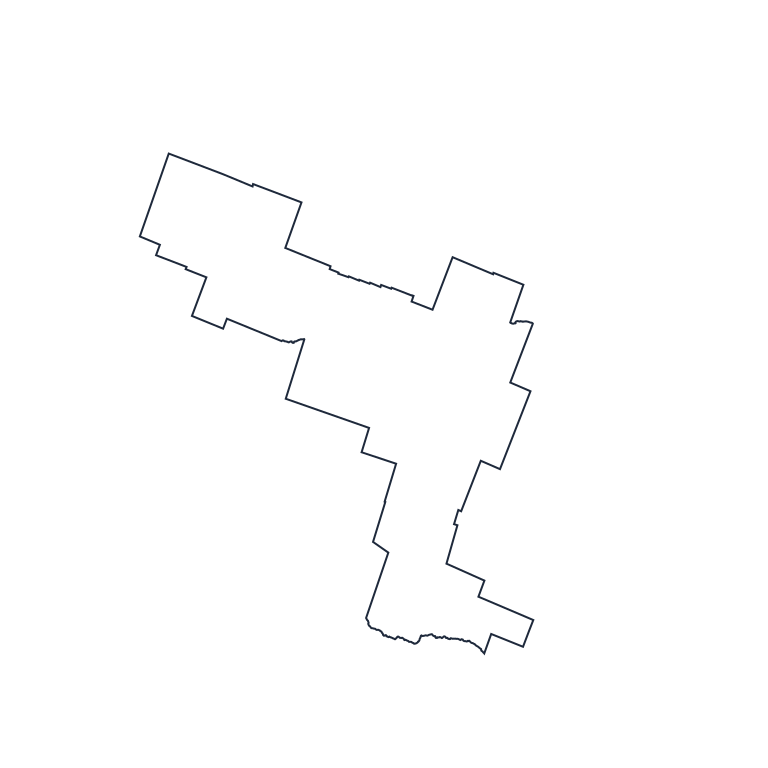 the district of Tapalqué, Buenos Aires, Argentina, rotated 247°
{"feature_id": "61730980B32563213852789", "entity_name": "Tapalqué", "entity_type": "district", "adm_level": 2, "iso_a3": "ARG", "parent_name": "Argentina", "parent_adm1": "Buenos Aires", "projection": "robinson", "projection_center": [-60.563, -36.37], "detail": "fine", "context": "isolated", "style": "outline", "palette": "slate", "viewbox_px": 768, "rotation_deg": 247, "n_neighbors": 0, "source": "geoboundaries", "source_scale": "gbopen_adm2", "svg_char_len": 5968}
<svg xmlns="http://www.w3.org/2000/svg" viewBox="0 0 768 768"><g transform="rotate(247 384 384)"><path d="M615.2,216.9L599.7,232.1L591.6,224.5L568.9,248.0L567.2,246.3L551.6,262.2L521.7,233.8L497.8,257.5L505.5,264.9L463.5,306.5L463.6,306.8L463.7,307.1L463.7,307.7L463.7,308.0L463.1,308.7L462.7,308.8L462.3,309.0L461.6,310.3L460.8,311.2L460.7,311.5L460.5,311.8L460.0,312.0L459.7,312.3L459.5,312.7L459.6,313.3L459.6,313.8L459.7,314.2L459.7,314.5L459.5,315.3L459.3,315.6L458.7,315.5L458.2,315.8L457.7,315.9L457.2,316.8L457.2,317.1L457.5,317.3L457.9,317.6L458.1,318.0L458.0,318.9L457.7,319.2L457.6,319.6L457.6,319.9L457.7,321.1L457.7,321.5L457.7,321.9L457.9,322.3L457.9,322.7L457.8,322.9L457.7,323.3L457.7,323.7L457.7,324.4L457.7,324.7L457.5,325.3L457.3,325.5L457.0,326.3L456.7,327.2L456.6,327.7L456.6,328.0L456.4,328.1L456.2,328.1L408.8,287.8L349.4,353.1L329.9,336.7L305.9,364.0L275.4,338.6L274.9,339.1L242.9,312.2L227.1,322.1L175.6,276.1L175.0,276.1L174.7,276.2L173.6,276.2L172.4,276.7L172.0,276.7L171.7,276.6L170.9,276.6L170.5,276.6L170.0,276.4L169.8,276.2L169.6,275.9L169.1,275.8L168.8,275.7L167.6,275.8L167.3,275.9L166.9,276.0L166.5,276.4L165.0,276.7L164.6,276.8L164.3,277.0L164.0,277.3L163.8,277.8L163.6,278.1L163.4,278.4L162.7,279.2L162.4,279.9L162.1,280.2L161.9,280.3L161.1,280.7L160.6,281.1L160.4,281.4L160.3,281.7L160.1,282.5L159.9,282.8L159.0,283.6L158.7,283.9L157.9,284.1L157.7,284.4L157.1,284.9L156.7,284.9L155.7,284.9L155.2,285.2L154.3,285.3L153.9,285.2L153.6,285.1L153.4,285.1L153.2,285.3L152.9,285.3L152.6,285.4L152.4,285.5L152.4,285.9L152.3,286.1L152.2,286.2L152.3,286.4L152.2,286.8L152.2,287.2L152.1,287.3L152.1,287.5L151.9,287.7L151.6,287.6L151.4,287.6L151.2,287.8L150.9,287.8L150.7,287.8L150.4,288.4L150.2,288.5L149.8,288.8L149.5,288.9L149.3,289.1L149.2,289.5L149.3,289.8L149.3,290.1L149.1,290.1L148.8,290.6L148.3,291.1L148.0,291.3L147.9,291.6L147.7,291.8L147.2,292.2L146.9,292.5L146.6,292.6L146.3,293.1L145.9,293.4L145.8,293.6L145.0,294.1L144.8,294.3L144.7,294.6L145.0,295.4L145.2,295.7L145.3,296.2L145.5,296.5L145.8,297.3L146.0,297.4L146.1,297.7L146.1,298.0L145.8,298.6L145.5,298.8L144.8,299.1L144.3,299.4L144.1,299.5L143.7,300.4L143.4,300.7L143.4,300.8L143.4,301.2L143.3,301.6L142.9,301.9L142.0,302.4L141.4,302.7L140.7,302.6L140.3,302.8L140.2,302.9L140.2,303.8L140.0,304.0L139.5,304.4L139.3,304.7L139.0,304.8L138.6,305.1L138.1,305.8L137.7,306.0L137.0,306.2L136.8,306.4L136.7,306.6L136.6,307.0L136.4,307.5L135.9,308.4L135.5,308.5L135.3,308.6L135.1,308.8L135.0,309.0L134.2,309.5L134.0,309.9L133.5,310.0L133.3,310.1L133.1,310.3L133.0,310.5L133.0,310.9L132.7,311.7L132.7,312.2L132.8,312.4L132.8,312.6L132.8,313.3L132.9,313.5L133.0,314.0L133.2,314.4L133.5,314.6L133.4,315.0L133.5,315.3L133.8,315.7L133.8,315.8L134.0,316.1L134.1,316.3L134.9,316.9L135.4,317.2L135.8,317.7L136.2,318.3L136.5,318.4L136.7,318.6L136.9,319.0L137.0,319.1L137.3,319.3L137.5,319.3L137.8,319.6L137.9,320.0L137.9,320.3L137.7,320.4L137.3,320.7L137.1,320.9L136.9,321.1L136.8,321.4L136.8,321.6L136.7,322.1L136.5,323.0L136.5,323.3L136.5,323.5L136.4,324.1L136.3,324.3L135.7,325.1L135.4,325.6L135.4,326.2L135.5,327.6L135.3,328.6L135.2,329.5L135.0,330.2L134.8,330.4L134.7,330.5L134.2,330.6L133.5,330.7L132.7,331.3L132.4,331.5L132.2,331.7L132.2,332.0L132.0,332.5L131.3,332.7L131.1,332.7L130.9,332.5L130.6,332.4L130.4,332.5L130.1,332.5L129.8,332.9L129.5,333.6L129.7,333.8L129.8,334.1L129.9,334.3L129.8,334.6L129.7,334.8L129.3,335.3L129.2,335.5L129.2,335.8L129.3,336.5L129.2,336.7L128.2,337.6L127.9,337.7L127.7,337.8L127.5,338.0L127.5,338.3L127.6,338.7L127.9,339.5L128.0,339.8L128.2,340.2L128.2,340.8L127.9,341.2L127.6,341.5L127.3,341.7L126.9,341.8L126.5,341.7L126.0,341.9L125.8,342.2L125.7,342.6L125.7,342.8L125.5,343.2L125.2,343.2L124.9,343.2L124.7,343.3L124.2,343.8L123.9,344.1L123.5,344.8L123.4,345.0L123.4,345.3L123.7,345.6L123.9,345.8L123.9,346.1L123.4,346.8L122.8,347.4L122.7,347.6L122.6,348.1L122.4,348.4L122.3,348.7L121.9,349.6L121.8,349.9L121.6,350.4L121.2,350.8L121.1,351.2L121.0,351.5L120.8,351.9L120.7,352.2L120.4,352.6L119.9,353.1L119.5,353.4L119.3,353.6L118.5,354.2L118.5,354.4L118.5,354.8L118.6,355.1L118.8,355.5L118.6,355.9L118.2,356.3L118.0,356.6L117.6,356.7L117.0,356.7L116.8,356.8L116.3,357.1L115.9,357.5L115.5,358.5L115.2,358.8L114.9,359.1L114.6,359.8L114.6,360.1L114.8,360.5L114.8,360.8L114.4,361.1L114.4,361.4L114.4,361.7L114.4,362.0L113.3,362.6L112.6,362.8L112.3,362.9L111.5,363.4L110.8,364.5L110.0,364.9L109.5,365.5L109.3,365.7L108.3,366.2L107.9,366.2L107.5,366.4L105.7,367.7L105.5,367.9L105.2,368.1L104.5,368.4L103.9,368.7L103.1,369.1L102.3,369.7L102.0,369.8L101.7,369.7L101.3,369.5L100.8,369.5L100.3,369.5L100.0,369.7L99.3,370.2L98.9,370.3L98.3,370.4L97.5,370.8L96.8,371.0L112.0,385.0L87.8,409.3L100.1,421.1L108.4,429.2L151.3,387.8L163.8,399.6L194.2,371.3L225.3,396.4L227.6,393.7L239.0,403.2L236.7,405.3L275.5,443.1L260.3,457.5L320.1,516.0L336.0,500.8L381.4,544.6L381.5,544.6L382.2,544.3L382.4,544.1L382.6,544.0L382.9,543.6L383.4,542.6L384.0,542.1L384.4,541.6L385.0,541.0L385.3,540.6L385.4,540.3L385.7,539.9L385.9,539.6L386.1,539.4L386.3,539.0L386.3,538.7L386.5,538.1L386.6,537.8L386.9,537.2L387.0,536.2L387.4,535.9L387.5,535.8L387.6,535.4L387.8,535.1L388.1,534.7L388.4,534.5L388.5,534.2L388.5,533.8L388.4,533.5L388.4,533.4L388.6,533.2L388.9,532.7L389.4,532.0L389.8,531.4L389.9,530.6L389.9,530.3L389.9,530.1L389.8,529.7L389.6,529.4L389.3,528.8L389.1,528.7L388.8,528.9L388.6,528.9L388.5,528.7L388.8,528.2L388.8,527.7L388.9,527.0L389.0,526.5L389.2,526.3L389.4,525.8L389.6,525.5L390.5,524.9L390.6,524.6L390.8,524.4L391.0,524.3L391.3,524.2L420.9,551.1L443.6,528.2L442.4,527.3L473.9,496.7L433.4,457.7L449.1,441.6L453.6,445.6L454.6,444.5L454.4,444.3L469.7,428.6L468.9,427.8L476.3,420.1L474.6,418.6L482.7,410.8L481.9,409.9L489.6,402.0L488.9,401.4L496.8,393.7L496.2,393.0L500.7,388.1L503.4,385.0L504.3,385.7L511.0,378.9L513.3,380.8L547.8,346.3L583.4,379.0L619.2,341.6L617.2,340.2L640.0,317.8L680.2,275.9L615.2,216.9Z" fill="none" stroke="#1e293b" stroke-width="2"/></g></svg>